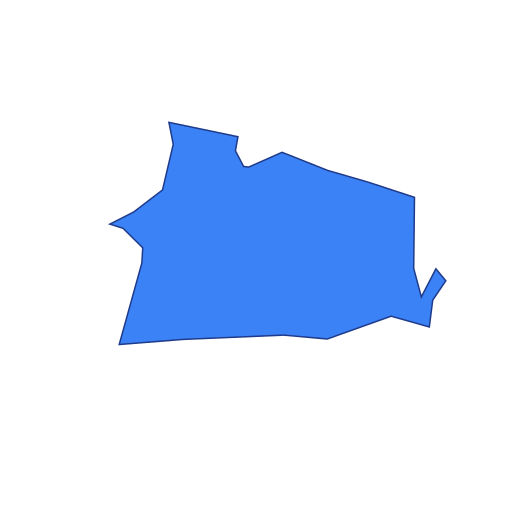 Russell, Kentucky, United States of America (Albers equal-area conic projection), rotated 234°
{"feature_id": "52423323B32908051821127", "entity_name": "Russell", "entity_type": "district", "adm_level": 2, "iso_a3": "USA", "parent_name": "United States of America", "parent_adm1": "Kentucky", "projection": "albers", "projection_center": [-85.04, 37.007], "detail": "fine", "context": "isolated", "style": "filled", "palette": "blue", "viewbox_px": 512, "rotation_deg": 234, "n_neighbors": 0, "source": "geoboundaries", "source_scale": "gbopen_adm2", "svg_char_len": 505}
<svg xmlns="http://www.w3.org/2000/svg" viewBox="0 0 512 512"><g transform="rotate(234 256 256)"><path d="M415.3,264.1L395.0,254.7L364.4,219.2L363.5,182.9L367.7,156.5L356.6,164.7L329.2,169.2L317.4,159.5L264.8,93.3L231.3,148.1L175.8,231.8L147.0,264.8L127.9,329.9L96.7,354.5L116.4,373.0L124.4,395.0L139.9,394.0L125.7,365.7L153.3,376.3L210.3,418.7L249.6,390.3L283.1,364.3L324.6,338.0L332.2,302.5L335.7,298.6L353.2,301.2L363.1,311.5L415.3,264.1Z" fill="#3b82f6" stroke="#1e3a8a" stroke-width="1.5"/></g></svg>